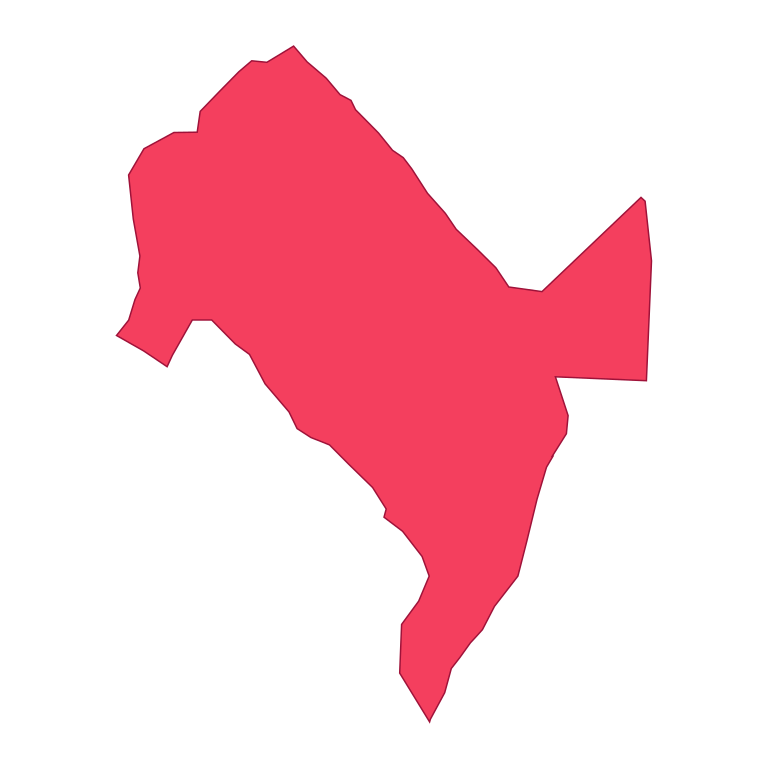 the district of Ikenne, Ogun, Nigeria
{"feature_id": "59680162B19467626863877", "entity_name": "Ikenne", "entity_type": "district", "adm_level": 2, "iso_a3": "NGA", "parent_name": "Nigeria", "parent_adm1": "Ogun", "projection": "robinson", "projection_center": [3.67, 6.891], "detail": "fine", "context": "isolated", "style": "filled", "palette": "rose", "viewbox_px": 768, "rotation_deg": 0, "n_neighbors": 0, "source": "geoboundaries", "source_scale": "gbopen_adm2", "svg_char_len": 1060}
<svg xmlns="http://www.w3.org/2000/svg" viewBox="0 0 768 768"><path d="M429.6,721.9L430.4,719.2L444.7,692.7L451.3,668.5L459.8,657.6L470.4,642.8L474.6,638.3L482.4,629.7L494.5,606.3L517.9,576.1L526.7,541.6L537.0,499.3L546.5,467.2L552.9,456.3L552.2,456.3L566.4,433.7L568.1,415.6L555.4,376.8L646.4,380.7L651.5,260.9L645.1,201.2L641.0,197.4L542.0,291.6L508.8,287.0L495.9,267.8L478.1,250.2L456.2,229.3L445.3,213.3L427.5,193.3L411.8,168.9L403.3,157.7L392.5,150.3L378.5,133.0L355.5,109.7L351.0,100.4L340.0,94.6L326.2,78.2L307.1,61.9L293.6,46.1L266.9,62.3L251.7,60.8L239.0,71.6L220.0,90.9L200.2,111.4L197.2,132.2L173.9,132.5L144.0,148.7L128.6,175.0L133.3,219.1L139.9,256.0L137.8,272.8L140.3,288.0L135.0,299.5L128.7,320.1L116.5,335.5L143.6,350.9L167.1,366.7L172.4,355.2L192.3,320.0L211.7,320.0L235.3,344.0L249.5,354.4L265.1,383.9L289.0,411.9L297.1,428.6L310.9,437.5L329.5,444.9L348.7,464.2L372.6,487.5L386.2,509.0L384.0,517.2L402.6,531.3L422.1,556.5L429.2,576.1L418.7,601.1L401.6,624.4L399.7,673.1L429.6,721.9Z" fill="#f43f5e" stroke="#9f1239" stroke-width="1.5"/></svg>